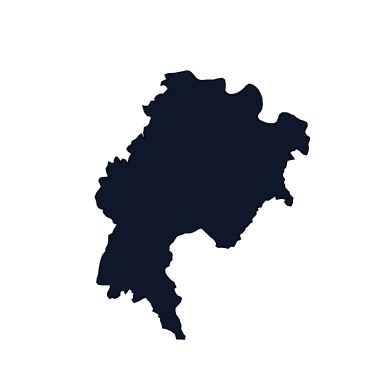 Campestre da Serra, Rio Grande do Sul, Brazil, rotated 229°
{"feature_id": "56859067B56487205832332", "entity_name": "Campestre da Serra", "entity_type": "district", "adm_level": 2, "iso_a3": "BRA", "parent_name": "Brazil", "parent_adm1": "Rio Grande do Sul", "projection": "albers", "projection_center": [-51.112, -28.72], "detail": "fine", "context": "isolated", "style": "filled", "palette": "ink", "viewbox_px": 384, "rotation_deg": 229, "n_neighbors": 0, "source": "geoboundaries", "source_scale": "gbopen_adm2", "svg_char_len": 4319}
<svg xmlns="http://www.w3.org/2000/svg" viewBox="0 0 384 384"><g transform="rotate(229 192 192)"><path d="M156.1,316.2L158.5,315.5L161.2,315.3L163.5,316.1L165.1,318.7L166.3,322.2L168.9,323.8L171.4,322.8L173.4,321.7L175.2,320.5L177.5,319.7L180.1,318.9L182.8,318.8L184.6,317.4L187.9,316.2L189.7,315.0L192.4,312.0L192.5,308.5L190.6,305.5L188.7,302.0L189.6,298.5L191.5,296.3L193.3,294.5L195.3,293.0L197.3,291.8L199.8,290.6L202.5,289.7L205.6,290.1L207.4,291.9L207.9,294.1L208.3,296.7L209.3,299.1L212.2,302.5L216.5,305.7L218.6,306.8L221.8,307.8L225.7,308.7L229.6,308.6L232.9,307.6L235.8,305.8L236.2,302.3L235.8,299.7L235.7,296.8L236.0,294.0L236.6,291.1L237.5,288.9L238.8,286.5L240.5,284.5L243.1,283.1L245.6,282.8L247.7,283.6L249.5,285.7L252.3,288.1L255.4,289.9L257.9,289.2L259.6,286.6L262.1,281.7L264.0,279.4L266.6,276.5L269.3,272.6L271.4,270.7L274.6,269.5L278.3,269.5L281.4,269.6L284.3,269.2L286.3,267.9L288.8,263.5L290.6,260.4L293.0,256.3L294.7,254.2L296.9,251.3L297.9,248.5L294.7,247.5L292.3,247.7L293.7,245.4L294.8,241.5L292.9,238.9L291.7,241.7L288.4,242.4L285.1,241.8L284.7,237.8L284.5,234.5L286.6,231.9L287.4,228.5L286.9,225.5L284.4,224.2L287.1,220.5L285.9,218.0L285.2,215.2L287.2,212.7L289.0,211.5L286.4,210.3L284.4,209.2L281.9,208.7L279.0,208.6L276.5,210.8L274.3,210.0L272.8,207.2L271.3,205.1L270.6,201.6L271.7,198.4L269.9,196.6L268.4,194.6L265.9,192.9L263.5,191.2L265.8,190.6L268.8,191.8L269.1,189.3L268.4,186.7L268.4,183.8L269.2,180.0L267.3,177.1L267.8,174.2L267.2,171.3L264.3,170.8L260.5,172.2L258.9,167.4L257.2,165.0L255.6,163.1L257.4,162.0L259.8,162.6L262.2,161.2L261.4,157.7L263.7,157.9L266.0,158.3L268.1,157.7L267.4,155.2L264.4,151.8L266.3,150.0L269.1,148.7L266.9,146.0L265.9,142.8L263.1,141.0L261.0,140.1L258.2,139.6L258.9,137.0L260.7,134.9L262.5,131.9L261.5,129.2L258.3,128.3L255.1,127.1L254.5,124.3L254.0,121.1L253.1,118.5L251.6,115.8L249.1,114.8L246.7,113.8L244.9,112.4L241.8,111.6L238.9,112.4L236.7,114.5L235.2,112.1L232.4,111.8L229.4,111.9L225.3,113.9L223.1,114.2L220.3,112.9L216.1,114.7L215.3,111.4L214.3,108.2L212.6,105.0L213.6,100.9L211.1,98.5L209.2,96.9L207.3,94.4L205.5,90.0L203.4,87.7L202.7,83.2L199.3,77.5L197.0,74.5L194.2,71.0L191.8,68.5L190.1,66.3L188.4,63.4L186.0,60.9L183.4,61.2L181.8,62.8L180.0,64.5L177.7,67.5L174.9,70.0L172.5,66.3L171.2,62.5L169.0,60.4L165.6,60.2L165.2,62.7L162.7,63.9L161.6,66.9L161.6,69.8L163.7,71.5L164.2,74.0L162.0,76.5L159.2,75.3L159.4,77.6L160.8,81.3L157.2,82.4L155.4,81.2L153.6,82.5L152.0,79.8L149.9,78.5L149.8,76.2L146.6,76.0L145.5,79.4L144.8,81.6L144.4,84.6L143.1,88.6L139.9,88.2L137.2,88.5L134.7,88.4L131.8,87.2L129.2,87.0L127.7,84.6L124.7,86.0L121.3,87.1L119.6,85.2L117.1,85.8L115.5,84.1L113.2,83.3L110.6,82.2L108.6,80.9L106.9,82.5L104.0,84.1L100.9,85.5L98.3,86.0L95.8,86.6L93.7,85.5L91.1,84.3L89.6,86.1L87.8,88.1L86.1,89.7L87.8,91.9L90.6,91.9L93.1,92.5L96.2,93.3L98.5,95.9L101.7,97.2L104.5,98.4L107.1,98.8L110.1,99.0L113.0,100.6L116.1,103.2L116.3,106.7L116.8,111.0L118.7,114.1L120.8,113.8L123.3,112.5L126.7,112.8L128.9,113.6L131.2,114.6L131.0,117.3L133.4,118.0L135.4,118.8L137.8,118.1L140.4,117.6L143.6,117.7L146.3,117.8L148.9,118.5L151.5,120.2L152.5,123.0L151.6,126.2L154.1,129.4L154.2,132.2L156.3,133.9L157.6,135.7L160.2,136.4L162.7,135.2L164.4,137.4L166.4,138.8L167.1,142.1L167.1,145.4L168.0,148.0L168.9,151.4L168.1,154.5L166.7,156.9L166.1,159.8L163.7,162.5L161.9,165.2L160.9,168.4L160.3,172.5L158.8,175.8L148.5,176.8L146.1,177.0L142.6,177.8L139.1,177.6L136.9,177.0L135.4,174.9L133.2,175.5L131.1,178.3L128.6,180.6L126.0,182.4L126.0,185.5L123.7,188.1L126.1,194.0L124.8,197.6L129.0,199.5L128.5,202.7L128.9,206.4L130.3,208.5L130.0,210.9L130.7,215.2L130.2,217.6L132.8,219.4L133.4,225.6L135.6,227.6L135.4,230.0L137.7,230.6L135.7,234.6L137.2,237.0L138.0,242.1L135.7,244.7L134.7,253.0L131.2,251.2L128.7,255.5L124.9,258.5L123.4,255.5L119.6,255.5L116.8,257.5L118.0,260.4L119.8,262.0L121.3,264.0L125.3,263.6L128.6,265.0L131.7,264.7L134.5,264.8L136.7,266.3L139.5,267.0L141.0,270.0L144.1,270.3L146.7,271.9L147.4,274.6L149.2,275.9L149.4,278.9L151.2,281.3L153.5,284.2L152.6,286.6L151.4,288.6L150.2,290.6L154.8,291.0L157.9,291.2L157.6,294.6L156.3,296.7L157.0,299.4L154.9,299.8L152.4,300.8L150.2,300.8L147.4,301.3L145.1,303.0L146.4,305.2L147.6,307.1L149.6,309.1L152.1,310.4L153.5,312.7L154.4,314.8L156.1,316.2Z" fill="#0f172a" stroke="#020617" stroke-width="1.5"/></g></svg>